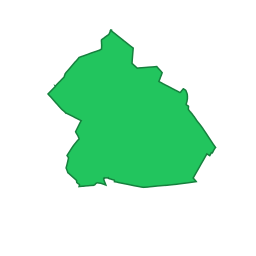 outline of Cenei, Timis, Romania, rotated 121°
{"feature_id": "2599482B59079858547145", "entity_name": "Cenei", "entity_type": "district", "adm_level": 2, "iso_a3": "ROU", "parent_name": "Romania", "parent_adm1": "Timis", "projection": "mercator", "projection_center": [20.902, 45.729], "detail": "fine", "context": "isolated", "style": "filled", "palette": "green", "viewbox_px": 256, "rotation_deg": 121, "n_neighbors": 0, "source": "geoboundaries", "source_scale": "gbopen_adm2", "svg_char_len": 5524}
<svg xmlns="http://www.w3.org/2000/svg" viewBox="0 0 256 256"><g transform="rotate(121 128 128)"><path d="M203.4,139.8L201.4,137.1L201.0,136.4L199.4,134.4L197.8,132.1L197.0,131.1L194.9,128.0L194.0,127.4L193.7,127.2L192.9,127.1L192.2,127.0L191.5,126.7L190.9,126.2L190.5,125.6L190.3,124.9L189.8,123.8L189.6,123.3L189.5,123.2L189.4,122.8L189.3,122.4L189.2,122.2L189.1,121.7L189.1,121.4L188.9,120.7L188.8,120.1L188.6,119.7L188.6,119.2L188.5,118.5L188.4,118.2L188.3,117.6L187.3,118.8L186.1,120.5L184.5,122.4L184.2,122.7L183.9,122.8L183.5,122.9L183.2,122.8L183.5,122.4L183.2,122.4L182.9,122.2L182.1,121.3L181.6,120.4L181.2,119.6L181.2,119.2L180.8,119.2L181.1,118.3L181.1,117.9L180.7,116.8L180.4,115.3L179.8,113.2L179.8,112.9L179.9,112.6L180.1,112.5L180.5,112.3L180.8,112.1L181.0,112.0L180.1,109.7L179.6,107.9L176.5,99.4L174.4,93.3L172.2,87.5L171.8,86.3L170.8,84.0L170.4,83.5L168.8,81.2L168.4,80.6L167.4,79.4L165.2,76.4L162.6,73.0L158.3,67.0L157.6,65.9L155.1,62.6L152.4,59.0L151.7,58.0L148.8,54.4L144.1,48.4L138.8,41.9L138.7,42.1L137.3,46.4L124.8,46.7L121.8,46.8L115.4,46.9L112.5,47.0L111.4,47.0L109.6,47.1L109.6,46.3L109.6,44.6L109.6,43.7L108.3,43.7L107.1,43.8L106.2,43.8L106.1,43.0L105.3,42.9L102.7,43.1L101.9,43.1L99.9,43.0L99.6,42.9L98.5,45.4L98.1,46.4L97.9,46.8L94.4,54.1L93.3,56.4L92.7,57.6L92.1,58.9L91.5,60.2L90.9,61.5L90.1,63.2L89.7,63.9L89.6,64.3L89.0,65.6L88.4,67.1L88.0,68.1L87.4,69.7L87.1,70.6L86.7,71.7L86.4,72.3L86.3,72.9L85.9,73.6L85.8,73.8L85.6,74.1L85.0,75.5L84.3,76.9L84.0,77.8L83.4,79.3L83.2,79.6L82.9,80.4L82.8,80.8L82.6,81.1L82.6,81.5L82.5,82.0L82.3,82.2L82.4,82.3L82.0,83.3L81.8,83.8L81.7,84.1L81.5,84.6L81.0,85.8L80.0,86.4L78.4,87.2L78.3,87.3L78.1,87.6L78.1,88.1L78.1,88.9L78.0,89.9L78.0,90.1L77.7,90.4L77.4,90.5L76.8,90.6L76.2,90.8L74.4,91.3L73.6,91.7L72.9,91.9L72.0,92.3L71.4,92.7L70.6,93.1L70.0,93.6L69.6,93.8L68.7,94.5L68.3,94.9L67.7,95.6L66.8,96.8L66.3,97.4L66.0,97.9L66.0,98.4L65.9,98.5L65.9,99.5L65.9,99.9L65.8,100.6L66.0,100.8L66.5,100.9L67.3,101.0L69.0,101.3L69.3,101.3L69.7,101.3L70.6,101.6L70.8,101.7L70.9,102.0L70.9,102.4L70.9,103.1L70.9,103.4L71.0,104.1L71.0,104.9L71.1,105.6L71.1,106.5L71.2,107.3L71.3,107.9L71.2,108.4L71.3,108.7L71.3,109.5L71.4,110.0L71.4,111.2L71.5,113.1L71.6,113.9L71.6,115.0L71.7,115.5L71.7,115.9L71.7,116.2L71.8,116.9L71.8,117.4L71.9,117.9L71.9,118.5L71.9,119.2L72.0,120.3L72.1,121.1L72.0,122.0L72.1,123.2L72.1,123.7L72.2,124.4L72.2,124.7L72.2,124.8L72.2,125.1L72.2,125.3L72.2,125.5L71.7,125.6L70.5,125.8L68.7,126.1L67.4,126.4L65.7,126.6L63.0,127.2L62.5,128.7L62.3,129.2L61.9,130.5L61.4,132.3L60.9,133.9L60.5,135.0L62.6,137.8L64.1,140.0L65.0,141.3L68.1,145.6L69.8,148.0L70.6,149.2L71.1,149.8L71.5,150.3L71.8,150.5L71.8,151.2L71.9,151.3L71.8,151.7L71.7,152.1L71.6,152.4L71.6,152.7L71.5,153.1L71.4,153.5L71.4,154.0L71.2,154.3L71.2,154.7L71.1,155.3L70.9,155.9L70.8,156.3L70.8,156.7L70.7,157.0L70.7,157.4L70.6,157.8L67.5,159.4L64.9,160.7L61.9,162.2L56.8,164.7L56.8,165.0L56.5,168.0L55.5,175.5L55.3,177.6L55.2,177.6L54.8,180.8L54.4,184.0L53.8,188.2L53.4,191.8L53.3,192.3L52.6,192.4L52.6,192.7L52.8,193.3L53.1,193.3L53.2,193.2L53.3,193.0L53.4,193.3L53.5,193.3L53.5,193.2L54.1,193.1L54.4,193.0L54.9,192.9L55.4,192.8L55.7,192.8L56.3,192.7L56.7,192.7L57.4,192.6L57.8,192.7L58.2,192.8L58.3,192.9L58.5,193.0L58.8,193.1L59.2,193.2L59.5,193.4L59.9,193.5L60.0,193.6L59.8,193.6L60.2,193.8L60.6,193.9L60.9,194.0L61.2,194.1L61.5,194.3L61.9,194.4L62.4,194.7L62.7,194.7L62.9,194.8L63.2,194.9L64.1,195.4L64.4,195.4L64.7,195.5L65.0,195.8L65.3,195.9L65.8,196.0L66.1,196.1L67.0,195.7L67.3,195.5L67.9,195.0L68.9,194.4L69.3,194.1L69.9,193.7L70.6,193.1L70.9,193.1L71.4,192.7L71.7,192.6L72.0,192.4L72.6,192.1L73.1,191.8L73.5,191.6L74.0,191.3L74.3,191.4L74.9,192.0L75.3,192.2L76.0,192.3L76.1,192.5L76.3,192.6L76.3,192.8L78.5,194.6L80.0,195.9L82.7,198.2L84.1,199.3L85.7,200.5L87.1,201.7L89.5,203.6L90.1,204.2L92.8,206.3L93.9,206.4L97.5,207.0L97.8,207.1L98.4,207.3L108.3,208.9L111.0,209.4L111.5,209.5L111.9,209.6L112.9,209.7L114.0,209.8L114.6,209.6L115.8,209.4L117.2,209.0L121.3,210.0L122.5,210.2L123.9,210.6L124.3,210.7L125.1,210.9L125.7,211.0L125.9,211.1L128.9,211.7L129.5,211.9L129.5,212.0L129.7,211.7L129.9,211.7L130.0,211.7L131.1,212.0L134.0,212.7L135.3,213.0L140.0,214.1L140.2,213.4L140.3,213.4L140.6,212.3L140.9,211.3L141.0,210.7L141.3,209.8L141.5,209.1L142.6,205.8L143.0,204.5L143.5,203.1L144.1,200.9L144.6,199.4L144.7,199.1L144.8,198.9L144.8,198.6L145.0,198.3L145.1,197.7L145.3,197.2L145.4,196.9L145.5,196.5L145.6,196.1L145.8,195.6L145.9,195.3L146.1,194.4L146.2,194.0L146.4,192.9L146.4,192.5L146.5,192.1L146.6,191.4L146.7,191.1L146.8,190.5L146.9,190.1L147.1,189.6L147.2,189.2L147.3,188.9L147.1,188.8L146.6,183.0L146.4,180.6L146.4,179.9L146.4,179.0L146.3,178.5L146.3,177.7L146.2,177.3L146.2,176.9L146.1,176.2L146.1,175.5L146.0,174.5L146.0,174.1L145.9,173.6L145.9,173.4L145.9,173.2L145.9,172.9L145.9,172.3L145.8,171.9L146.1,171.9L148.5,171.8L154.6,171.3L158.2,171.0L159.1,169.6L160.0,167.8L160.5,166.9L162.2,164.6L162.6,164.3L162.8,164.3L164.6,164.8L166.9,165.1L169.6,165.5L171.3,165.7L174.8,165.9L175.9,165.9L183.0,166.1L183.7,164.6L184.2,163.6L187.5,162.5L190.3,161.6L192.0,161.1L193.5,160.7L193.8,160.6L194.2,160.4L194.4,160.2L194.7,159.7L195.2,159.1L195.5,158.7L196.1,157.9L196.7,157.2L197.0,156.9L197.3,156.5L197.4,156.1L197.4,155.7L198.2,151.5L198.9,147.8L199.5,144.9L199.8,144.8L200.3,144.5L200.5,144.4L200.7,144.2L200.9,144.0L201.1,143.7L201.2,143.2L201.3,142.7L201.4,141.9L201.4,140.7L201.5,140.5L201.6,140.3L203.4,139.8Z" fill="#22c55e" stroke="#15803d" stroke-width="1.5"/></g></svg>